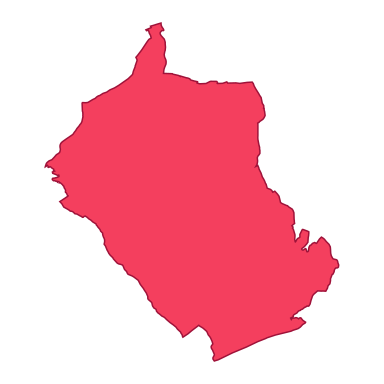 outline of Amarasti, Vâlcea, Romania
{"feature_id": "2599482B2938164526483", "entity_name": "Amarasti", "entity_type": "district", "adm_level": 2, "iso_a3": "ROU", "parent_name": "Romania", "parent_adm1": "Vâlcea", "projection": "orthographic", "projection_center": [24.148, 44.766], "detail": "fine", "context": "isolated", "style": "filled", "palette": "rose", "viewbox_px": 384, "rotation_deg": 0, "n_neighbors": 0, "source": "geoboundaries", "source_scale": "gbopen_adm2", "svg_char_len": 5903}
<svg xmlns="http://www.w3.org/2000/svg" viewBox="0 0 384 384"><path d="M323.0,291.0L325.8,291.2L326.9,289.1L327.3,288.7L328.1,285.7L329.9,283.8L330.5,280.8L330.5,278.7L330.7,278.3L332.2,274.4L332.9,274.2L333.1,273.9L334.1,271.8L334.2,271.3L334.1,271.1L334.7,269.3L335.6,268.1L337.6,267.8L338.4,267.1L338.7,265.2L338.6,264.6L338.0,263.1L337.6,261.3L337.2,260.3L336.4,259.7L333.6,259.0L332.9,258.7L331.5,256.2L331.2,255.4L330.7,253.3L330.5,249.1L330.3,246.9L329.0,244.3L326.3,241.6L324.4,239.2L322.9,238.0L321.4,237.1L319.5,239.0L316.7,243.2L316.2,243.4L314.7,242.5L312.4,243.4L311.2,244.9L310.0,245.4L309.0,247.2L308.3,251.2L307.9,251.6L307.1,251.8L306.8,251.6L306.0,249.0L305.7,248.6L305.0,248.8L303.5,250.0L302.5,250.0L302.0,249.7L301.7,249.2L301.8,248.6L304.4,246.6L307.0,243.6L307.4,242.8L307.9,242.3L308.2,237.7L308.6,235.7L308.8,233.3L308.8,231.8L307.7,231.2L303.1,229.5L302.4,229.5L302.0,230.1L299.9,234.4L299.9,237.1L298.6,238.1L297.6,238.5L296.7,239.7L295.7,241.6L295.4,241.9L295.2,241.8L294.7,239.3L295.0,236.0L294.9,234.5L293.3,229.2L292.5,228.1L293.0,227.4L292.9,227.0L292.8,226.7L291.9,225.8L293.1,224.6L294.6,223.5L294.3,221.5L294.3,220.4L294.1,219.4L293.9,212.7L293.0,210.4L292.2,209.1L288.7,206.9L287.5,205.7L286.3,205.4L281.6,203.3L280.5,202.4L280.1,200.6L279.0,196.2L277.4,194.0L274.8,191.2L272.8,192.2L271.8,190.5L270.5,189.4L267.2,188.2L266.1,184.2L265.4,183.2L264.7,181.2L263.7,179.2L262.3,176.9L261.0,173.0L259.1,169.2L258.7,167.6L257.8,165.5L255.9,166.4L257.0,164.6L257.5,162.2L257.6,160.9L257.3,158.0L257.4,157.3L258.1,155.8L258.9,155.0L259.9,153.4L259.9,150.2L259.6,149.2L259.6,147.3L258.9,144.8L257.9,139.4L257.8,137.7L257.9,135.3L257.9,124.6L257.7,123.1L258.9,122.5L259.7,121.5L262.8,119.4L263.7,118.3L264.7,116.5L265.1,115.4L264.6,111.5L264.1,109.8L264.2,109.1L264.1,108.3L263.6,108.2L263.8,107.1L263.7,105.5L262.4,103.5L262.2,102.9L261.1,97.5L259.4,95.0L258.8,93.8L255.5,88.5L254.1,85.9L253.3,83.6L252.2,82.1L247.0,82.4L239.8,83.4L235.9,82.9L227.7,83.1L226.8,81.9L222.7,83.3L217.5,83.5L217.3,83.4L217.6,82.9L217.5,82.4L216.7,81.4L210.8,81.3L210.0,81.5L206.0,83.5L199.6,83.8L197.0,83.0L197.0,82.8L197.5,82.3L197.5,81.7L194.2,81.0L190.8,80.0L190.3,79.6L189.8,78.8L187.7,78.0L186.7,77.9L180.3,76.0L180.2,76.4L178.7,75.5L173.0,74.2L172.3,73.7L163.5,73.4L163.9,69.7L164.6,67.4L165.9,64.3L166.1,63.0L166.1,61.1L165.7,59.5L164.6,57.1L164.2,54.6L164.8,51.5L165.2,50.3L165.5,47.2L165.2,43.9L165.2,42.2L164.3,39.2L161.0,35.5L160.1,33.8L160.2,32.5L161.4,31.0L161.8,30.6L163.4,30.6L163.8,30.1L163.3,28.9L162.1,27.2L161.2,25.3L161.0,23.0L150.5,26.2L151.2,27.6L145.9,29.8L146.5,30.7L148.2,30.3L148.9,31.5L149.2,33.0L150.5,35.4L151.2,38.0L148.9,39.4L147.1,41.8L141.6,50.1L137.4,55.6L135.9,57.3L137.0,59.6L137.0,60.7L135.2,65.9L135.1,66.8L133.4,71.1L132.6,74.3L131.8,75.2L128.2,78.7L118.8,85.3L114.5,87.9L109.9,89.9L106.6,92.2L103.0,93.4L99.7,95.5L98.3,95.9L96.6,97.0L95.3,98.3L92.6,99.6L88.0,102.4L85.9,102.7L82.4,102.6L82.1,103.3L82.4,111.1L82.8,112.3L82.9,114.7L82.8,116.0L83.0,116.9L82.8,117.3L81.9,121.7L80.9,123.6L80.1,124.4L78.9,126.2L77.0,128.4L75.6,130.7L74.3,132.3L72.9,134.4L66.2,139.0L62.4,141.7L61.1,143.0L60.7,143.6L60.2,144.8L60.0,145.7L60.0,147.0L60.4,149.3L60.1,151.1L59.6,152.5L58.2,153.6L56.4,154.7L54.1,157.4L51.9,159.7L49.0,160.9L47.1,162.5L46.4,163.4L45.4,166.2L45.3,166.8L47.5,165.4L47.7,165.9L48.4,166.8L48.1,167.2L48.3,167.4L48.9,167.3L50.1,166.7L50.6,166.9L52.3,168.4L53.6,169.1L53.9,170.1L53.6,170.6L54.5,171.1L52.4,172.0L52.7,173.3L56.7,174.9L57.6,175.5L58.7,175.1L59.0,176.0L58.9,176.6L56.8,177.5L54.4,178.1L52.7,178.3L52.3,178.9L52.3,179.6L53.3,180.6L53.8,180.8L54.7,180.6L55.7,181.2L56.6,181.2L57.4,181.4L57.4,181.6L57.3,181.9L57.5,182.2L58.2,181.6L58.5,181.6L59.2,182.0L59.3,182.9L59.9,182.6L60.2,182.7L62.4,184.6L63.2,185.8L63.6,185.9L64.2,187.4L64.1,187.7L65.3,189.5L65.6,190.7L65.4,191.8L65.5,192.3L66.2,192.8L66.8,193.8L67.4,195.3L68.1,195.8L68.0,196.1L59.8,201.6L61.8,203.7L63.8,207.1L67.6,209.2L69.3,210.3L70.2,211.1L71.7,211.3L72.5,211.6L73.4,212.2L74.8,213.7L77.0,214.1L80.3,216.0L81.4,216.4L82.4,217.3L83.3,217.2L84.2,216.3L85.3,216.1L86.9,217.1L89.1,219.1L90.7,220.0L92.0,221.2L92.7,221.9L96.0,223.9L96.4,225.1L97.0,225.6L97.7,226.8L100.0,229.5L100.7,231.2L102.6,233.1L102.7,234.7L103.4,236.9L104.1,238.3L104.6,239.8L104.6,242.0L104.2,243.8L104.2,244.4L105.3,245.7L107.2,250.3L107.9,251.4L108.8,253.3L110.2,255.2L112.9,257.8L113.2,258.6L114.4,260.0L117.3,263.2L118.9,264.0L120.6,264.3L121.5,264.7L122.5,265.0L123.1,266.0L124.4,269.2L125.3,270.3L126.6,271.5L127.4,273.4L128.1,274.3L132.2,276.0L134.0,277.1L138.1,280.2L138.6,281.0L140.3,284.4L143.5,288.6L144.4,290.2L146.2,292.8L147.8,296.5L147.8,298.3L148.2,299.4L151.5,302.3L151.9,303.1L152.4,305.4L152.7,306.2L153.9,308.0L155.9,309.2L156.2,309.7L156.4,311.0L157.8,312.8L159.5,314.0L161.9,316.1L163.8,317.0L165.1,318.0L166.4,319.4L170.1,322.6L173.3,324.9L176.0,327.1L177.5,329.2L180.6,332.1L180.9,333.0L182.1,334.7L182.6,336.7L182.9,337.2L188.0,333.8L191.8,330.6L198.8,325.3L200.1,326.4L201.6,327.2L203.1,328.2L206.3,331.0L207.1,332.1L208.2,334.8L209.7,336.6L210.6,338.0L212.1,341.4L212.8,343.9L212.6,344.4L211.6,345.5L211.3,346.2L211.1,346.9L211.5,348.5L212.5,350.0L214.3,354.3L214.3,355.1L214.0,355.7L213.5,356.6L212.9,357.9L213.0,359.1L214.3,361.0L218.2,359.8L232.6,352.8L246.5,347.0L257.8,341.6L265.7,338.5L267.0,337.8L275.5,335.0L291.0,331.2L293.2,330.2L296.7,329.1L298.3,328.5L300.4,327.0L302.7,324.5L305.2,323.0L305.6,322.2L302.9,320.4L300.8,317.8L299.4,318.0L298.6,318.8L296.9,317.8L295.9,317.6L294.2,318.1L292.5,318.1L292.1,318.3L291.3,319.5L290.6,318.1L291.1,317.7L291.7,317.6L293.2,316.6L293.4,316.3L293.2,315.7L293.9,314.7L296.9,313.0L298.5,311.0L300.3,310.4L300.8,309.8L302.5,309.1L304.7,307.3L305.5,307.1L307.0,306.1L308.7,306.1L309.1,305.7L310.1,304.0L311.0,300.4L312.6,295.7L313.7,294.3L317.6,290.9L321.6,291.1L323.0,291.0Z" fill="#f43f5e" stroke="#9f1239" stroke-width="1.5"/></svg>